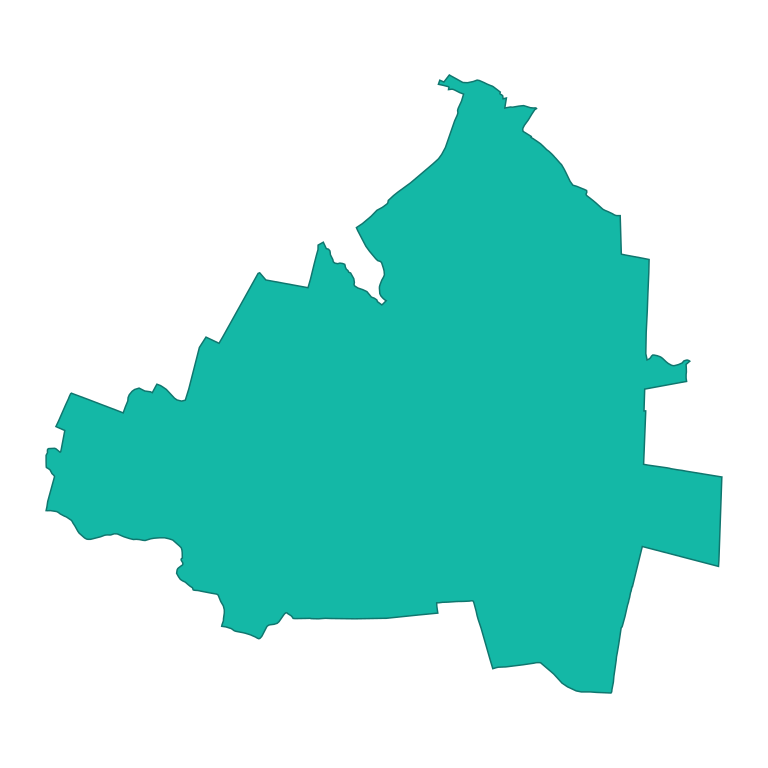 outline of Gaesti, Dâmbovita, Romania
{"feature_id": "2599482B24662006663343", "entity_name": "Gaesti", "entity_type": "district", "adm_level": 2, "iso_a3": "ROU", "parent_name": "Romania", "parent_adm1": "Dâmbovita", "projection": "equal_earth", "projection_center": [25.308, 44.722], "detail": "fine", "context": "isolated", "style": "filled", "palette": "teal", "viewbox_px": 768, "rotation_deg": 0, "n_neighbors": 0, "source": "geoboundaries", "source_scale": "gbopen_adm2", "svg_char_len": 6023}
<svg xmlns="http://www.w3.org/2000/svg" viewBox="0 0 768 768"><path d="M718.5,566.4L718.9,560.6L721.8,478.0L721.9,477.0L686.3,471.2L682.1,470.4L677.5,469.8L671.0,468.7L669.6,468.3L666.9,467.8L647.9,465.1L643.6,464.3L645.7,412.2L645.7,410.9L644.0,410.9L644.7,389.1L686.6,381.4L686.1,378.1L686.1,374.6L686.4,372.0L686.3,368.2L686.1,364.4L689.8,361.2L688.8,360.5L687.1,360.0L685.4,360.4L683.9,360.9L682.1,363.0L678.4,364.6L674.6,365.6L673.4,365.7L671.6,365.3L668.3,363.5L666.4,362.0L662.7,358.5L661.3,357.4L660.0,356.7L657.2,355.7L654.3,355.1L652.8,355.0L651.5,356.1L650.5,357.8L649.1,359.0L647.0,359.9L646.7,357.9L645.8,353.7L646.2,332.6L647.3,310.4L647.9,293.5L648.8,272.7L649.1,259.5L643.1,258.3L625.8,255.1L621.5,254.2L621.3,253.6L620.2,215.6L616.6,215.6L614.7,215.1L612.4,213.7L608.4,211.8L604.8,210.3L602.8,209.2L596.1,203.1L593.0,200.5L586.6,195.5L586.1,194.5L586.2,193.6L586.7,192.7L586.8,192.0L586.6,190.5L584.9,189.7L576.7,186.3L572.9,185.2L570.1,181.3L566.3,173.4L564.3,169.4L561.5,164.6L560.0,163.1L555.7,158.2L554.7,157.2L553.8,156.1L552.1,154.3L549.0,151.4L546.7,149.7L544.1,147.1L540.7,143.9L539.2,142.8L533.5,138.9L530.9,137.3L531.3,136.5L523.1,131.4L522.7,129.4L523.0,128.0L523.8,126.5L524.4,125.3L528.4,119.8L531.7,114.3L534.7,109.8L535.3,109.3L536.5,108.6L536.0,108.0L535.2,107.9L533.6,108.0L530.4,107.7L523.6,105.6L518.9,106.1L512.5,107.2L510.5,107.0L504.8,108.0L506.4,98.0L503.1,98.8L502.7,95.8L501.5,94.7L500.4,94.3L499.9,93.5L500.3,92.1L493.4,86.8L492.4,86.2L490.0,85.3L486.9,84.0L484.1,82.6L479.3,80.5L477.1,80.1L473.3,81.5L467.6,82.7L462.9,82.5L449.3,75.0L443.9,82.0L439.8,80.2L438.4,84.3L443.5,85.4L448.0,86.6L448.8,87.0L449.0,87.6L448.6,88.7L448.5,89.6L451.6,89.2L452.8,89.3L454.2,89.8L459.7,92.6L463.6,94.1L461.5,101.1L458.2,108.3L457.6,110.4L457.9,113.0L457.2,115.2L454.7,120.7L445.4,147.5L441.7,154.4L438.5,158.8L432.9,163.9L410.5,182.9L398.0,192.0L393.5,195.6L388.3,200.4L387.8,203.0L386.8,204.1L382.3,207.4L376.9,210.3L371.2,216.2L362.3,223.7L356.4,227.6L357.7,230.6L365.9,246.3L369.6,251.4L375.8,258.8L377.7,260.6L380.5,261.5L381.6,262.7L383.3,267.9L384.1,270.9L384.4,274.9L383.6,276.9L381.7,280.3L380.1,284.5L379.5,286.5L379.4,288.1L379.8,293.6L380.8,295.8L382.6,297.9L384.7,299.8L386.2,300.7L383.0,303.9L381.8,304.9L377.5,301.7L376.8,299.9L374.3,298.2L371.4,297.1L366.9,291.6L362.9,289.7L357.9,288.0L354.6,285.9L354.0,284.4L354.4,282.5L353.8,278.7L350.6,273.0L348.7,272.2L347.9,270.5L346.3,269.2L345.3,266.9L345.1,265.5L344.7,264.3L342.6,263.5L339.9,263.1L337.7,263.7L334.8,263.1L333.3,261.8L332.8,259.5L330.4,254.7L330.2,252.7L329.9,250.9L328.5,249.2L326.3,248.6L323.3,242.2L318.1,245.1L318.0,249.6L316.3,255.7L314.1,264.3L310.8,277.8L310.4,279.4L308.0,287.7L265.9,280.0L259.7,272.8L258.1,273.4L222.7,337.0L219.0,343.3L206.0,337.1L199.4,347.4L188.8,388.9L185.6,399.2L185.3,400.2L181.6,401.1L177.1,400.0L174.5,398.2L166.3,389.4L163.4,387.4L160.6,385.6L156.9,384.2L155.5,386.7L152.3,392.7L150.5,391.8L144.8,391.0L139.1,388.1L134.6,389.5L132.1,391.3L129.3,394.7L128.1,397.6L127.8,401.0L125.3,407.0L123.2,412.9L115.8,410.0L100.0,404.0L88.3,399.5L71.4,393.2L71.3,393.4L70.6,393.8L70.2,394.8L69.9,395.2L68.8,397.8L68.8,398.0L65.7,404.7L58.7,420.7L55.9,426.6L64.8,430.5L61.3,449.0L60.7,451.7L60.0,452.2L55.8,448.7L54.5,448.3L48.6,448.6L47.6,449.3L47.4,450.8L47.5,452.7L46.1,455.3L46.1,461.3L46.2,466.1L46.4,467.5L48.0,468.4L50.0,469.8L52.0,473.6L54.1,475.6L54.5,476.7L47.7,501.5L46.9,506.9L46.1,510.6L47.6,510.7L50.5,510.6L56.3,511.5L57.2,511.8L58.4,512.5L60.2,513.9L64.3,516.1L66.3,516.9L71.2,520.2L72.1,521.3L73.0,523.1L74.8,525.8L77.8,531.2L79.1,533.1L84.5,537.9L85.7,538.6L86.7,539.1L87.8,539.3L90.6,539.3L92.3,538.9L100.5,536.8L104.5,535.3L105.4,535.1L107.2,534.9L110.1,535.0L110.9,534.9L113.9,533.9L114.6,533.8L116.8,533.9L117.5,534.0L118.7,534.5L121.6,535.8L124.0,536.8L129.3,538.5L133.4,539.5L136.3,539.3L139.6,539.6L143.0,540.3L145.1,540.5L150.7,538.8L154.2,538.2L159.5,537.8L164.7,537.8L169.1,538.8L172.7,540.0L177.0,543.8L179.2,545.7L181.2,547.7L181.9,549.9L182.2,552.4L182.3,557.4L182.4,558.0L181.5,558.6L181.2,559.1L181.1,559.7L181.3,560.4L181.8,561.2L182.6,562.5L182.9,563.7L182.7,564.6L182.2,565.2L181.5,565.6L178.5,567.9L177.8,568.6L177.4,569.3L177.1,570.0L176.6,573.3L178.6,576.9L179.4,578.0L179.8,578.6L180.4,579.4L182.5,580.8L185.2,582.1L185.7,582.5L188.1,584.6L190.2,586.3L192.4,587.7L192.6,588.2L192.9,589.1L193.1,589.8L193.8,590.1L195.1,590.3L197.7,590.5L199.5,590.8L200.6,591.1L212.0,593.3L216.7,594.1L218.1,595.0L220.8,601.6L223.3,605.8L224.3,609.8L224.3,613.0L223.5,618.5L223.4,620.8L222.0,624.8L221.7,626.3L225.9,626.9L231.3,628.6L234.2,630.7L235.2,631.1L236.3,631.4L242.6,632.6L245.2,633.2L249.1,634.4L250.9,635.0L252.6,635.8L255.4,637.0L257.4,638.2L258.7,638.7L259.3,638.6L259.9,638.4L261.5,636.7L262.0,636.0L266.8,626.7L267.2,626.2L268.3,625.4L268.9,625.1L269.9,624.8L274.0,624.3L277.2,623.3L278.2,622.4L279.0,621.7L283.8,614.8L284.6,613.8L285.8,612.8L286.9,612.8L287.4,613.4L290.1,615.1L291.3,615.9L292.1,616.8L292.9,618.1L293.2,618.4L293.9,618.5L295.2,618.6L307.3,618.4L310.1,618.3L310.9,618.6L313.3,618.7L318.5,618.8L325.4,618.3L331.0,618.5L355.0,618.8L384.6,618.3L386.2,618.3L418.2,615.0L437.8,613.1L436.8,606.0L436.7,602.8L438.7,602.8L441.9,602.4L442.4,602.2L442.8,602.3L448.2,602.1L456.9,601.5L463.4,601.4L469.3,601.1L471.2,600.8L472.5,600.8L473.3,601.3L473.8,602.5L476.2,611.4L477.1,615.6L478.2,619.5L481.1,628.2L490.0,659.3L492.8,668.7L496.5,667.6L498.3,667.2L505.8,666.9L522.8,664.8L533.7,663.2L536.1,662.7L538.0,662.6L540.7,662.7L540.9,663.1L541.1,663.2L547.9,669.0L553.7,674.0L562.2,683.3L567.6,686.9L576.2,690.9L581.2,691.9L590.0,691.9L596.4,692.4L611.0,693.0L611.6,692.1L611.8,691.2L611.9,689.8L613.4,682.0L613.6,679.7L613.9,676.2L614.9,669.4L616.2,660.1L616.5,656.8L617.3,652.6L618.7,644.4L621.1,628.2L621.4,627.5L621.9,627.1L622.3,626.2L625.0,616.4L627.5,605.3L628.5,602.1L628.9,600.0L629.6,597.5L630.3,593.7L630.5,593.0L630.6,592.3L631.0,591.5L632.0,586.9L632.4,586.8L642.3,546.5L718.5,566.4Z" fill="#14b8a6" stroke="#0f766e" stroke-width="1.5"/></svg>